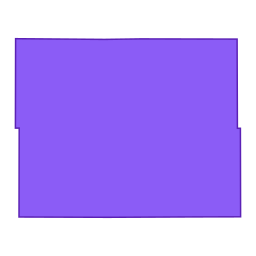 the district of Pope, Minnesota, United States of America
{"feature_id": "52423323B60946121703621", "entity_name": "Pope", "entity_type": "district", "adm_level": 2, "iso_a3": "USA", "parent_name": "United States of America", "parent_adm1": "Minnesota", "projection": "albers", "projection_center": [-95.463, 45.586], "detail": "fine", "context": "isolated", "style": "filled", "palette": "violet", "viewbox_px": 256, "rotation_deg": 0, "n_neighbors": 0, "source": "geoboundaries", "source_scale": "gbopen_adm2", "svg_char_len": 290}
<svg xmlns="http://www.w3.org/2000/svg" viewBox="0 0 256 256"><path d="M19.0,217.0L107.9,217.3L196.2,216.9L240.6,216.8L240.4,128.3L237.4,128.3L237.1,39.1L140.5,38.9L104.6,39.4L104.4,39.4L15.6,38.7L15.4,128.1L19.2,128.1L19.0,217.0Z" fill="#8b5cf6" stroke="#5b21b6" stroke-width="1.5"/></svg>